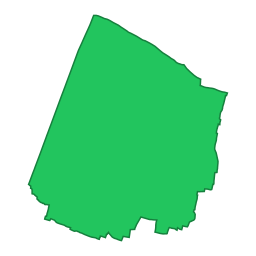 Khwao Sin Rin, Surin, Thailand (Natural Earth projection)
{"feature_id": "78962969B63758563457918", "entity_name": "Khwao Sin Rin", "entity_type": "district", "adm_level": 2, "iso_a3": "THA", "parent_name": "Thailand", "parent_adm1": "Surin", "projection": "natural_earth1", "projection_center": [103.61, 15.013], "detail": "fine", "context": "isolated", "style": "filled", "palette": "green", "viewbox_px": 256, "rotation_deg": 0, "n_neighbors": 0, "source": "geoboundaries", "source_scale": "gbopen_adm2", "svg_char_len": 5477}
<svg xmlns="http://www.w3.org/2000/svg" viewBox="0 0 256 256"><path d="M93.7,15.4L93.2,16.6L90.8,22.8L90.0,24.8L87.9,29.5L85.6,34.5L82.8,40.8L82.3,42.0L78.5,50.3L77.7,52.4L70.7,71.4L66.0,84.0L64.6,87.8L64.4,88.3L63.4,91.0L61.6,95.7L51.0,124.4L49.3,128.9L47.6,133.5L46.7,135.8L46.3,137.0L42.5,147.3L40.5,152.8L35.0,167.4L34.3,169.4L32.8,173.2L29.6,181.8L28.6,184.4L28.8,184.5L29.6,185.3L30.6,185.9L30.7,186.0L30.6,186.4L30.6,186.6L30.8,187.1L30.8,187.4L30.6,188.1L30.6,188.3L30.8,188.4L31.6,188.7L31.8,188.9L31.9,189.1L32.1,190.4L32.1,190.7L32.1,191.5L32.1,192.8L32.1,193.8L32.4,193.9L33.1,193.9L33.4,194.0L33.9,194.2L34.2,194.4L34.8,195.1L35.5,195.7L37.2,197.1L37.2,197.3L37.0,198.8L37.0,199.0L37.7,199.6L38.3,199.9L38.3,200.2L38.3,200.4L38.7,200.7L39.2,201.1L39.4,201.5L39.6,201.6L40.8,202.4L41.2,202.6L41.6,202.6L41.9,202.8L43.1,203.5L43.6,203.3L44.3,203.7L44.4,203.8L44.5,204.1L44.7,204.4L44.9,204.5L45.2,204.6L45.4,204.6L45.6,204.6L45.9,204.5L47.1,204.6L48.0,204.8L48.5,204.9L49.2,205.0L48.9,206.3L48.5,207.9L48.4,209.0L48.1,210.0L47.4,212.6L47.1,213.3L47.0,214.0L46.7,215.6L46.5,216.3L45.5,216.2L45.1,217.5L44.9,218.1L44.7,219.1L47.1,219.8L49.6,220.5L49.8,220.5L50.1,220.0L50.4,219.5L50.7,218.7L50.9,218.6L51.4,218.9L52.0,219.2L54.0,220.0L54.5,220.2L54.7,220.4L54.9,220.6L55.4,221.3L56.2,222.2L56.4,222.4L56.6,222.5L57.6,223.0L60.1,223.9L63.4,224.9L64.5,225.3L65.0,225.6L65.5,226.0L65.8,226.2L66.3,226.3L66.9,226.7L67.9,227.0L68.4,227.1L69.0,227.2L69.6,227.4L70.6,227.7L70.0,229.1L70.7,229.6L71.5,229.9L71.9,230.2L73.1,230.7L74.3,231.2L74.9,231.2L75.3,231.1L75.7,231.0L76.6,231.0L76.9,231.1L77.3,231.3L77.9,231.6L78.2,231.6L78.6,231.7L78.7,231.8L79.1,232.1L79.8,232.5L80.2,232.7L81.5,233.0L84.4,234.4L88.4,236.0L89.0,236.2L90.0,236.6L92.0,237.2L94.4,237.6L95.7,237.8L96.6,238.4L98.7,239.2L99.3,239.3L99.3,239.1L99.5,238.5L99.6,237.6L100.0,237.5L100.4,236.4L100.4,236.1L102.3,236.5L102.7,236.7L103.6,237.0L105.2,237.5L105.4,237.6L106.2,235.5L106.4,234.5L106.8,234.5L107.1,234.4L107.2,234.2L107.4,233.5L107.4,233.4L107.5,233.3L107.8,233.4L108.0,233.4L108.5,232.5L108.7,232.9L108.9,233.2L109.1,233.4L109.6,234.0L110.4,234.9L112.0,236.8L112.3,237.1L112.8,237.4L113.7,237.9L114.2,238.2L114.7,238.4L116.2,238.8L117.2,239.2L118.1,239.6L120.5,240.4L121.5,240.6L123.2,236.4L129.2,237.4L129.6,234.5L130.3,229.6L134.7,229.4L134.8,228.6L136.2,225.4L136.4,224.8L140.9,217.0L149.5,219.5L151.8,219.6L153.0,219.8L156.8,220.0L156.2,222.1L156.1,222.7L155.8,225.1L155.8,225.8L155.8,226.7L155.6,228.8L155.5,229.6L155.0,232.1L156.3,232.4L160.0,233.4L163.1,233.9L164.9,233.8L166.7,233.8L166.9,233.7L167.1,233.6L167.2,233.3L167.3,232.7L168.4,229.4L169.2,227.6L169.5,227.5L171.6,228.2L172.1,228.3L174.3,228.6L174.7,228.7L175.1,228.9L175.7,229.5L176.1,229.6L176.4,229.9L177.0,230.2L177.4,228.2L177.5,227.9L177.6,228.0L178.6,228.4L179.2,228.8L179.7,229.1L180.1,229.3L181.7,229.7L182.2,227.9L182.7,225.9L185.3,226.5L187.4,226.8L188.0,225.8L189.5,222.0L191.0,221.4L192.8,220.5L193.6,220.2L193.8,220.0L194.3,219.6L194.6,219.1L194.8,218.7L195.0,217.1L195.1,215.3L195.2,214.8L195.1,214.3L195.0,214.0L194.5,212.9L194.2,212.4L193.6,212.0L193.5,211.9L193.5,211.7L193.7,211.3L193.9,210.5L194.1,209.7L194.3,209.6L194.8,209.7L194.9,209.4L195.0,208.0L195.1,207.2L195.4,205.8L195.9,203.7L196.1,202.5L196.4,201.4L196.7,200.3L197.0,199.3L197.1,198.9L197.2,197.8L197.2,196.9L197.3,196.5L197.6,195.1L197.1,195.0L196.9,194.9L196.9,194.4L196.9,194.0L197.3,192.9L197.5,191.6L199.3,191.7L200.9,191.6L202.5,191.6L202.7,191.4L202.8,191.4L204.1,191.6L204.3,191.4L204.8,189.0L204.8,188.9L205.0,188.9L207.6,189.1L210.0,189.7L210.3,189.8L211.3,189.6L211.6,189.6L211.8,189.3L212.6,185.6L212.9,184.2L213.0,184.1L213.6,184.3L213.9,183.3L213.9,182.7L213.9,181.8L214.0,180.1L214.1,179.5L214.6,174.5L214.8,172.8L214.9,172.6L216.2,172.5L216.9,172.5L217.0,172.4L217.1,170.3L217.5,168.6L217.5,168.0L217.7,165.5L217.9,163.4L218.0,161.3L216.2,153.0L214.9,149.9L214.7,149.1L214.7,148.7L214.7,147.9L215.0,145.5L215.1,144.7L215.4,143.6L215.8,142.2L216.3,140.5L216.4,139.7L216.5,138.0L217.4,133.5L217.3,133.4L216.5,133.1L216.4,133.1L216.5,131.3L217.0,129.0L217.3,128.2L217.6,126.6L217.8,126.4L218.0,125.6L218.4,124.3L218.4,124.2L218.6,124.3L219.6,124.7L219.8,124.7L219.9,122.5L220.0,122.1L220.2,121.8L220.4,120.9L220.6,120.0L220.6,119.6L220.2,119.3L219.7,119.1L219.6,118.9L219.5,118.5L219.5,118.2L219.6,117.5L219.9,117.0L219.9,115.9L220.1,114.9L220.2,113.9L220.6,112.6L220.7,112.1L221.2,111.4L221.8,110.5L222.0,110.2L222.4,108.9L222.5,108.6L222.6,107.3L222.7,106.9L222.9,106.0L223.2,105.0L223.5,104.2L223.7,103.5L223.9,102.7L225.0,98.2L225.1,97.8L225.3,96.8L225.5,95.5L225.6,95.4L226.5,95.6L227.4,93.0L226.1,92.6L225.3,92.4L224.6,92.2L222.4,91.9L220.7,91.4L217.9,90.4L214.9,89.1L214.3,88.9L213.7,88.7L212.7,88.4L212.3,88.4L211.3,88.2L210.1,88.1L207.1,87.6L206.9,87.6L206.6,87.6L204.6,87.2L201.3,85.9L200.9,85.7L200.2,85.6L200.1,85.4L200.3,84.8L200.4,83.5L200.5,81.8L200.5,80.7L200.7,79.2L199.0,78.4L197.8,77.8L197.2,77.6L194.1,75.4L190.0,71.8L186.6,68.5L184.0,64.8L183.4,64.7L182.8,64.7L182.2,64.7L181.1,64.4L180.4,64.1L178.4,63.5L176.6,62.6L175.9,62.0L174.4,60.4L172.9,59.4L171.4,58.6L170.3,57.8L169.0,56.8L166.4,55.1L162.7,52.8L160.0,50.6L157.1,48.1L155.1,46.4L152.1,44.5L149.1,42.8L145.2,40.8L142.6,40.0L136.5,36.2L130.9,33.3L128.4,32.2L127.1,31.1L123.5,28.7L121.0,27.1L118.4,25.2L113.3,22.6L110.8,21.1L108.8,20.0L107.0,19.2L104.5,18.6L101.9,17.4L98.3,15.9L96.1,15.4L93.7,15.4Z" fill="#22c55e" stroke="#15803d" stroke-width="1.5"/></svg>